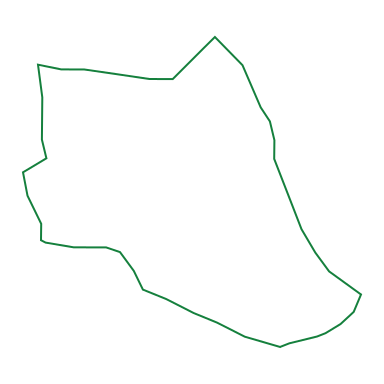 Kangso, P'yŏngan-namdo, North Korea (Robinson projection)
{"feature_id": "82179303B75449776739739", "entity_name": "Kangso", "entity_type": "district", "adm_level": 2, "iso_a3": "PRK", "parent_name": "North Korea", "parent_adm1": "P'yŏngan-namdo", "projection": "robinson", "projection_center": [125.47, 38.953], "detail": "fine", "context": "isolated", "style": "outline", "palette": "green", "viewbox_px": 384, "rotation_deg": 0, "n_neighbors": 0, "source": "geoboundaries", "source_scale": "gbopen_adm2", "svg_char_len": 666}
<svg xmlns="http://www.w3.org/2000/svg" viewBox="0 0 384 384"><path d="M260.7,107.4L242.5,65.2L214.9,37.0L203.4,48.4L196.1,55.7L172.7,79.1L149.4,79.0L116.9,74.2L84.4,69.5L61.2,69.4L38.0,64.7L42.3,97.4L41.9,139.6L46.4,158.3L23.0,172.3L25.6,185.8L27.5,195.7L41.2,223.8L41.0,240.2L45.6,242.6L73.5,247.3L92.1,247.4L106.1,247.4L120.0,252.1L133.8,270.9L142.9,289.6L166.1,299.0L193.8,313.1L217.0,322.6L244.8,336.7L280.2,347.0L280.7,346.7L289.4,343.3L317.1,336.5L325.5,333.2L340.6,324.0L353.7,311.9L361.0,294.5L329.1,271.4L315.3,252.6L301.5,229.2L292.4,205.7L283.3,182.3L274.2,158.9L274.4,140.2L269.9,121.4L260.7,107.4Z" fill="none" stroke="#15803d" stroke-width="2"/></svg>